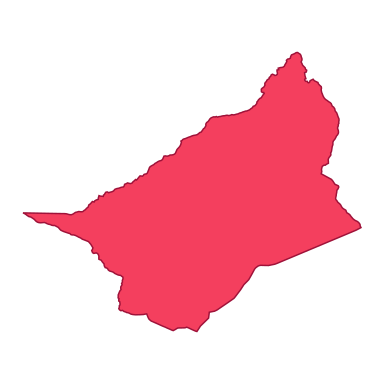 Santo Antônio do Leste, Mato Grosso, Brazil
{"feature_id": "56859067B48136086302792", "entity_name": "Santo Antônio do Leste", "entity_type": "district", "adm_level": 2, "iso_a3": "BRA", "parent_name": "Brazil", "parent_adm1": "Mato Grosso", "projection": "albers", "projection_center": [-53.696, -14.769], "detail": "fine", "context": "isolated", "style": "filled", "palette": "rose", "viewbox_px": 384, "rotation_deg": 0, "n_neighbors": 0, "source": "geoboundaries", "source_scale": "gbopen_adm2", "svg_char_len": 5959}
<svg xmlns="http://www.w3.org/2000/svg" viewBox="0 0 384 384"><path d="M296.2,52.6L294.6,53.6L293.0,54.3L291.5,54.9L290.7,56.4L290.3,58.2L289.1,58.8L287.6,59.1L286.4,60.3L286.8,61.5L285.9,63.2L284.9,64.8L284.4,66.1L283.5,66.9L282.2,67.4L280.8,67.5L279.4,67.8L278.2,68.2L278.7,69.7L277.0,70.0L277.0,71.3L277.4,72.9L277.3,74.3L276.2,75.2L274.9,75.5L274.0,74.8L272.4,74.2L271.2,74.9L270.6,76.4L269.2,77.5L269.2,78.6L267.9,79.4L266.9,80.2L266.3,81.6L265.3,82.4L264.8,83.6L264.9,85.3L263.9,87.0L262.2,88.2L261.3,89.2L261.4,91.7L262.4,92.5L263.7,92.5L264.2,93.5L263.2,94.7L262.4,95.9L261.3,97.7L259.9,98.4L258.4,99.9L257.8,101.0L256.9,102.0L256.8,103.4L255.8,104.8L254.8,105.8L253.2,106.3L252.4,107.7L251.0,108.6L249.6,109.8L248.2,110.4L246.7,111.0L245.4,111.1L244.4,111.5L242.7,112.0L241.7,112.5L240.3,112.9L239.3,113.2L238.3,113.8L236.4,114.2L234.7,114.7L233.5,114.9L231.8,114.6L230.4,115.2L228.9,115.6L227.6,115.3L226.3,115.3L224.7,115.7L223.3,115.8L222.1,116.0L220.3,116.5L219.0,116.6L217.5,117.1L216.3,116.5L215.2,117.0L213.8,116.8L212.8,117.1L211.0,117.9L209.9,118.9L209.0,120.3L208.1,121.5L206.6,122.6L205.8,124.1L205.9,125.7L204.5,128.1L203.5,128.7L202.9,129.7L202.2,130.6L201.3,132.0L199.9,132.5L197.3,134.6L195.6,135.1L193.6,135.4L192.0,135.9L190.2,136.7L188.6,137.2L185.3,138.6L184.0,138.9L182.8,139.5L182.1,140.4L180.9,141.1L181.4,142.1L181.1,143.3L180.7,144.7L179.8,146.4L178.7,147.7L177.7,148.7L176.9,149.7L175.5,153.0L174.6,154.1L172.9,154.8L171.4,155.0L170.1,155.0L169.0,155.7L167.2,156.2L165.4,155.9L164.0,156.1L163.3,157.7L162.7,159.1L161.5,160.4L159.6,160.9L158.6,161.3L157.5,161.9L156.4,162.7L155.0,163.4L153.8,164.6L152.4,165.3L150.2,166.6L149.4,167.7L148.8,169.4L148.0,171.4L147.4,172.9L146.6,173.8L145.0,174.1L143.9,174.5L143.3,175.5L142.4,176.2L141.3,176.0L140.0,175.9L138.7,177.4L137.5,179.0L136.5,180.0L135.5,179.5L134.5,180.6L133.1,181.7L132.0,183.1L130.5,183.6L128.9,183.3L127.6,182.9L125.9,183.8L124.6,184.3L124.3,185.6L123.6,186.9L122.3,187.1L120.9,187.4L119.2,188.1L116.7,188.6L114.9,189.3L113.5,191.0L111.8,191.8L110.1,192.2L108.7,192.7L107.2,191.9L105.7,192.3L105.0,193.4L104.4,194.5L103.5,195.1L103.3,196.4L100.4,196.1L99.0,195.6L98.3,198.0L98.2,199.4L96.4,199.9L94.8,200.8L94.1,202.0L92.4,201.5L90.3,203.9L88.9,204.8L88.1,207.1L86.4,208.4L85.5,209.6L84.2,210.4L82.8,211.6L81.1,211.8L78.8,211.5L76.8,212.1L75.4,212.4L73.3,213.9L71.5,214.7L70.0,214.7L68.5,214.4L66.9,213.9L65.5,213.7L63.9,213.6L61.8,213.6L49.9,213.4L23.0,212.9L24.9,213.8L26.1,214.6L27.2,215.5L28.9,216.6L30.7,217.0L32.5,218.1L34.3,219.4L36.0,221.2L37.3,222.1L38.8,222.6L40.5,222.8L44.4,222.5L45.6,222.9L46.9,223.6L48.5,224.2L50.1,224.5L51.9,225.3L53.1,225.5L54.7,225.5L56.4,226.4L58.3,227.4L59.7,229.1L60.8,230.2L61.8,230.7L63.8,231.6L65.3,232.1L67.6,232.9L70.0,233.6L70.9,234.6L72.0,234.9L73.5,234.9L75.3,235.4L76.8,236.1L78.8,237.2L80.5,237.9L82.3,239.2L84.0,239.8L88.5,241.6L90.8,244.3L92.9,247.8L92.6,249.0L91.7,250.6L92.6,252.7L93.8,253.4L96.2,252.9L97.5,253.5L98.4,254.7L98.9,256.4L98.8,258.0L98.9,259.3L99.9,259.7L101.2,260.2L102.3,261.9L104.0,263.9L104.3,265.9L105.2,267.6L106.7,268.0L107.6,268.7L108.3,270.0L109.6,271.0L112.3,271.8L113.4,272.3L114.7,273.4L117.7,274.8L119.0,275.2L120.7,275.4L121.6,276.2L122.9,277.1L123.0,278.8L122.3,280.4L122.4,282.2L121.6,283.4L122.1,284.6L121.5,285.7L120.9,286.6L120.7,288.0L121.0,289.6L119.8,291.0L118.2,294.9L118.2,296.6L118.1,297.9L119.0,298.7L118.7,299.8L118.8,301.1L119.7,301.6L120.0,303.4L120.0,304.9L119.3,305.7L119.3,307.1L118.8,308.7L119.5,309.8L120.8,310.7L122.6,310.4L124.0,311.5L125.7,312.0L126.8,312.6L128.0,312.7L129.3,313.2L130.9,314.1L132.6,314.5L135.4,314.8L139.9,314.7L143.5,314.5L145.3,314.1L146.7,313.9L148.2,317.7L149.1,319.3L151.1,321.0L157.5,323.8L162.6,326.1L165.6,327.3L166.8,327.9L169.6,329.1L171.8,330.1L173.2,330.6L175.3,329.5L177.5,328.1L179.1,327.9L181.5,327.9L185.1,327.8L186.6,327.2L188.1,327.7L189.2,328.2L190.2,328.7L191.2,329.2L193.9,330.4L195.5,331.1L196.9,331.5L197.9,330.0L198.5,329.1L199.2,328.0L200.4,326.1L208.6,318.1L208.8,316.4L209.3,312.2L210.9,311.9L214.5,311.2L216.0,310.5L217.2,309.9L221.7,306.8L227.0,303.2L233.9,298.4L235.0,297.1L240.6,289.7L243.9,284.6L247.3,281.2L248.8,279.6L251.7,274.5L253.8,270.6L254.6,269.1L255.7,267.8L258.0,266.1L259.2,265.6L260.7,265.3L263.4,265.4L268.5,265.5L274.8,264.2L277.2,263.3L355.8,230.3L356.8,229.8L361.0,227.6L360.2,226.0L360.0,224.3L358.9,222.8L357.6,221.6L356.4,221.0L355.3,220.5L354.1,219.7L352.8,218.6L352.1,217.7L351.2,216.7L349.8,214.7L348.5,213.7L346.9,212.8L346.3,211.6L345.9,210.3L344.7,209.5L343.6,208.9L342.4,207.9L341.5,206.6L340.7,205.0L339.6,203.7L338.7,203.0L337.7,202.1L337.1,201.0L335.8,199.4L335.6,198.2L336.2,195.6L336.3,194.3L336.7,192.5L336.9,190.3L338.0,188.9L338.8,187.0L338.3,185.8L336.6,185.0L335.1,184.4L333.9,182.7L332.9,181.1L331.5,179.4L321.2,173.8L321.8,171.6L321.5,169.6L321.8,167.9L322.3,166.3L324.0,165.2L325.3,165.2L326.4,164.3L328.4,163.3L328.4,161.6L328.2,159.5L328.9,157.7L329.9,156.4L330.7,155.4L330.9,154.2L330.6,152.9L331.3,151.9L331.6,150.6L332.2,146.6L332.9,144.7L332.9,143.3L332.9,142.2L333.5,140.8L334.8,139.3L335.8,137.5L336.6,135.8L337.5,134.9L338.3,133.4L338.5,132.2L338.3,130.4L337.6,128.6L337.7,127.0L338.3,125.9L338.2,124.7L338.9,123.2L338.7,122.0L339.0,120.7L339.0,119.0L337.8,116.1L337.3,114.4L336.5,112.5L335.5,111.5L335.0,110.4L334.8,108.9L333.6,107.1L332.3,106.2L331.7,104.9L331.2,103.6L330.2,102.6L328.7,101.7L327.3,100.6L325.9,99.7L325.0,98.9L324.2,98.0L323.4,96.6L322.8,95.3L322.3,93.9L321.7,92.5L321.3,90.6L321.2,89.3L321.5,88.1L321.2,86.6L319.6,85.2L318.3,83.7L318.0,82.5L316.7,81.9L314.3,80.7L313.1,79.2L310.1,80.7L309.7,82.0L308.8,82.8L307.8,82.5L307.2,81.3L305.9,81.4L304.9,80.5L304.7,79.2L305.9,78.7L305.4,77.2L304.9,75.4L304.6,72.6L306.3,72.0L306.7,70.2L305.6,69.4L305.1,67.7L303.6,66.2L302.6,65.2L302.0,63.6L301.1,62.0L302.0,59.9L301.9,58.4L301.4,57.2L300.9,55.3L300.1,54.1L298.7,53.3L297.7,52.5L296.2,52.6Z" fill="#f43f5e" stroke="#9f1239" stroke-width="1.5"/></svg>